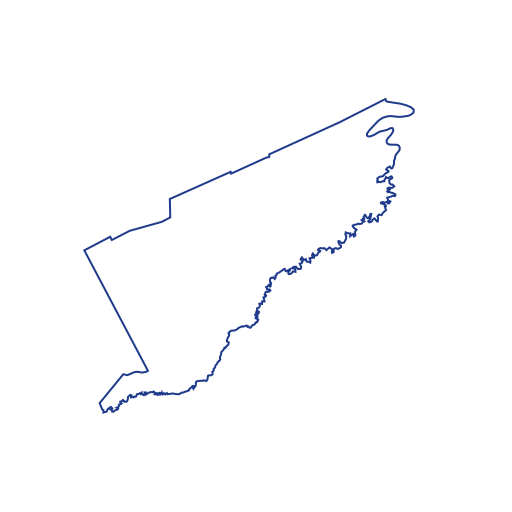 General Manuel Belgrano, Misiones, Argentina (Equal Earth projection), rotated 63°
{"feature_id": "61730980B47006381015187", "entity_name": "General Manuel Belgrano", "entity_type": "district", "adm_level": 2, "iso_a3": "ARG", "parent_name": "Argentina", "parent_adm1": "Misiones", "projection": "equal_earth", "projection_center": [-53.829, -25.979], "detail": "fine", "context": "isolated", "style": "outline", "palette": "blue", "viewbox_px": 512, "rotation_deg": 63, "n_neighbors": 0, "source": "geoboundaries", "source_scale": "gbopen_adm2", "svg_char_len": 6113}
<svg xmlns="http://www.w3.org/2000/svg" viewBox="0 0 512 512"><g transform="rotate(63 256 256)"><path d="M173.0,406.4L309.2,404.4L309.4,406.1L308.2,410.4L305.6,413.7L304.7,415.7L304.2,417.9L303.8,424.7L301.1,427.9L316.1,462.1L322.8,462.7L324.0,461.9L326.2,463.0L326.8,459.6L325.2,457.8L324.5,454.0L325.3,453.4L326.9,453.4L327.1,453.9L326.7,455.3L327.9,454.5L329.6,454.7L330.0,453.5L329.5,451.5L329.9,449.3L329.6,448.2L329.1,447.9L327.9,449.0L327.9,447.3L327.5,446.3L326.2,445.7L326.6,443.9L326.4,442.8L324.9,443.4L324.1,443.1L324.4,441.4L323.9,439.9L325.0,439.4L325.7,439.8L326.8,438.1L327.0,437.0L325.4,435.2L323.4,434.0L322.7,430.9L323.4,430.3L325.3,431.5L325.7,430.1L325.5,429.6L326.4,429.1L326.1,428.2L326.6,427.6L326.7,426.6L325.1,424.7L325.6,423.3L325.5,421.9L325.9,421.3L325.8,420.3L326.9,421.1L327.1,419.7L328.7,419.6L329.1,419.1L328.2,417.3L327.0,417.1L327.7,415.9L329.2,416.5L328.9,415.9L329.4,415.4L329.1,413.1L330.0,410.2L330.7,409.7L330.4,408.6L332.5,408.0L333.2,409.0L333.4,408.6L333.0,408.0L333.1,406.6L333.5,406.4L334.2,407.3L335.1,406.8L335.1,405.8L334.1,404.8L334.1,403.9L334.4,403.5L334.8,404.4L335.9,404.3L335.3,402.5L336.3,402.8L335.3,401.9L336.6,402.1L336.5,400.9L336.9,401.1L336.8,400.3L337.4,399.8L337.7,398.2L338.1,398.6L338.1,397.8L338.8,397.9L339.1,397.4L340.6,392.7L342.9,389.7L344.0,387.7L344.3,386.7L343.9,384.5L344.4,383.7L345.3,377.1L345.2,376.6L344.5,376.3L343.7,373.4L343.8,372.5L343.1,371.9L343.1,371.4L343.7,371.3L344.3,372.0L345.9,372.0L344.8,370.5L344.9,370.1L344.0,369.9L344.3,369.0L343.8,368.3L341.2,366.8L340.7,365.8L341.6,363.0L343.0,360.2L342.8,359.5L343.8,357.9L344.7,357.4L344.5,356.0L343.9,355.3L340.9,353.1L340.9,352.2L341.8,350.5L341.8,348.5L340.8,347.8L339.4,347.6L338.8,345.6L337.4,345.0L336.7,343.0L335.3,342.0L334.3,339.5L333.4,338.7L332.6,336.5L332.9,336.2L331.6,334.6L329.8,334.2L327.9,331.8L325.9,330.6L324.8,327.5L323.4,325.7L324.0,325.1L323.2,323.8L323.3,323.3L322.7,322.6L322.6,321.1L321.0,319.7L320.2,319.6L319.0,320.7L317.9,320.2L315.9,318.1L315.0,316.4L313.7,315.5L313.0,315.7L312.9,315.3L311.8,315.0L311.9,314.2L311.3,312.9L311.5,311.4L312.7,308.9L312.6,305.3L312.2,304.6L312.3,300.3L313.0,299.9L313.8,295.9L314.4,295.3L315.3,295.6L315.6,294.6L316.6,294.5L317.4,293.5L316.0,290.3L316.4,288.8L315.8,287.2L315.4,287.0L315.4,285.5L315.0,285.6L314.8,284.3L313.9,283.0L312.9,283.5L312.1,283.0L311.7,284.3L311.0,284.5L310.5,283.6L310.6,282.3L309.1,281.5L308.6,283.5L307.9,283.4L307.2,281.8L308.3,279.9L307.2,278.7L306.5,278.9L305.7,280.8L304.1,279.1L303.1,278.8L303.3,276.9L302.7,275.7L301.9,275.0L300.1,274.7L300.3,273.8L301.5,272.4L299.2,271.0L300.3,269.0L296.3,268.1L296.6,266.4L295.9,264.9L295.2,265.0L295.0,265.8L294.3,265.9L292.4,263.5L293.7,260.7L293.1,258.8L291.7,259.3L291.5,260.4L290.6,261.3L289.6,260.9L288.3,261.1L288.4,260.0L287.6,257.6L288.8,258.0L289.7,257.4L289.6,256.8L286.9,254.8L285.3,255.2L283.6,254.4L282.6,253.5L282.2,252.6L282.8,251.8L282.8,250.4L285.0,249.8L284.3,248.4L282.6,247.9L282.3,246.4L281.2,245.7L281.2,242.3L280.3,237.0L280.5,236.3L282.9,236.4L283.4,236.0L283.2,231.4L283.7,231.6L284.7,233.8L285.6,234.9L286.8,235.1L287.4,234.4L287.6,232.4L286.5,230.0L288.0,228.0L285.4,226.9L283.3,229.1L282.7,227.6L283.5,227.0L283.3,225.9L283.7,225.3L286.9,224.3L287.7,221.9L286.3,220.7L282.7,220.5L283.0,218.5L282.7,217.7L282.0,217.1L279.2,217.7L278.1,215.7L281.4,215.1L281.4,213.0L284.0,213.4L285.0,211.8L286.5,210.7L284.8,209.5L282.4,209.4L282.5,208.2L283.8,205.1L283.1,204.7L282.0,205.8L281.1,205.8L280.4,205.5L279.6,204.2L281.8,203.7L282.6,202.8L283.0,201.3L281.1,198.7L281.2,197.5L280.6,196.5L278.7,198.0L278.0,196.8L278.3,194.7L279.9,192.6L279.9,191.7L280.6,191.1L282.7,190.6L281.7,186.6L284.1,185.4L285.4,185.5L286.9,186.7L287.8,186.7L287.7,185.0L284.9,183.5L285.2,181.2L286.9,179.9L286.9,177.0L286.6,176.2L285.5,175.6L283.6,176.4L281.2,176.3L280.2,175.8L280.7,174.9L283.3,173.9L284.1,171.6L281.7,168.1L279.1,166.5L277.3,166.6L275.7,165.3L277.5,163.9L278.7,161.7L281.1,163.1L280.4,159.3L281.0,159.0L283.0,159.9L283.1,159.0L282.5,158.0L279.2,156.7L278.2,154.5L275.6,155.9L273.5,156.4L272.8,156.0L272.8,154.4L273.6,151.9L273.6,150.2L274.6,149.1L275.1,147.0L274.2,145.1L274.3,144.1L271.9,145.6L271.6,144.2L272.6,143.7L272.6,143.0L271.5,142.6L271.0,143.0L270.2,142.5L268.7,140.4L269.1,140.0L272.1,139.9L273.0,139.3L273.3,138.3L272.7,137.9L272.4,136.7L270.7,135.3L270.5,134.7L270.9,134.2L274.9,137.4L275.5,138.4L275.9,140.2L277.5,139.7L277.9,137.4L276.7,135.6L276.3,133.4L280.2,132.5L280.4,131.6L277.0,129.8L275.8,129.8L274.9,127.6L276.5,125.8L276.5,125.3L275.2,123.4L274.1,119.3L270.5,118.8L270.7,117.8L269.6,117.4L267.1,119.2L266.0,120.7L265.2,120.5L265.3,118.6L266.9,116.9L267.2,115.1L268.1,114.1L268.9,114.6L269.6,113.5L268.4,111.5L266.3,113.3L265.5,112.8L263.6,112.7L264.4,108.5L264.3,106.9L265.7,105.2L265.2,104.2L264.4,103.8L261.7,105.7L261.0,106.9L259.3,108.0L259.2,109.3L258.1,109.8L257.5,108.7L257.4,106.5L256.6,106.6L256.5,107.8L255.9,108.3L255.4,108.2L255.2,107.0L257.1,103.8L256.7,101.2L254.4,101.8L253.5,103.4L251.5,103.9L249.4,103.2L248.5,102.3L248.7,100.1L248.2,99.0L246.7,99.1L246.3,99.5L246.5,102.7L246.0,103.7L244.7,104.4L245.9,105.7L246.5,107.0L247.7,107.7L246.9,109.4L246.8,111.4L245.7,113.0L245.5,114.4L244.2,114.1L243.8,113.1L242.1,112.8L241.7,111.8L241.6,109.3L242.6,106.9L241.3,103.5L241.1,99.7L240.5,99.3L238.1,100.8L237.5,100.1L237.0,98.6L237.0,96.2L239.1,95.9L239.6,95.4L239.6,94.7L236.8,91.3L233.6,89.7L232.4,88.0L230.1,86.4L229.0,84.8L227.0,80.3L224.8,78.7L222.5,78.7L221.0,79.7L217.4,86.4L215.7,87.8L214.3,88.0L212.6,87.3L211.1,85.4L209.1,80.3L207.3,77.4L205.9,76.4L204.1,76.3L203.2,77.9L203.1,82.2L201.3,89.5L201.7,96.0L201.4,99.5L200.7,101.3L199.6,102.3L198.8,102.3L197.4,101.6L195.4,97.8L191.5,86.9L190.9,84.9L190.4,80.1L191.4,74.8L192.9,71.7L196.6,66.1L198.2,62.7L200.2,56.8L200.4,54.3L200.0,51.3L199.4,50.2L197.2,49.0L193.8,50.4L190.1,53.5L186.0,58.0L178.1,69.0L177.0,69.7L174.9,69.4L174.8,120.5L171.4,198.0L173.7,199.2L173.0,202.6L171.3,240.8L169.5,240.4L166.1,306.9L182.7,314.9L182.8,324.4L176.2,357.2L176.3,377.2L172.7,377.2L173.0,406.4Z" fill="none" stroke="#1e3a8a" stroke-width="2"/></g></svg>